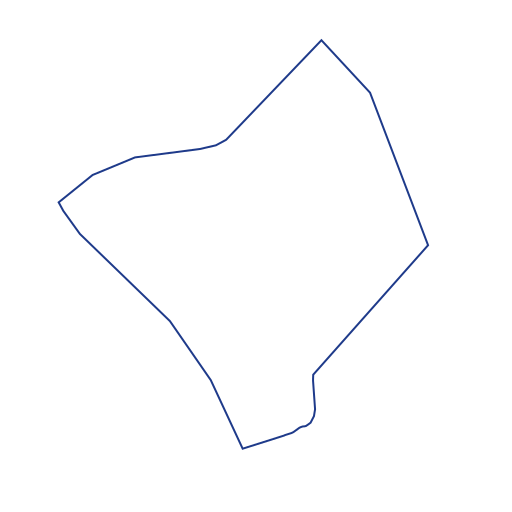 the Parish of Saint Paul, rotated 339°
{"feature_id": "DMA-1440", "entity_name": "Saint Paul", "entity_type": "Parish", "adm_level": 1, "iso_a3": "DMA", "parent_name": "Dominica", "parent_adm1": "", "projection": "mercator", "projection_center": [-61.378, 15.359], "detail": "fine", "context": "isolated", "style": "outline", "palette": "blue", "viewbox_px": 512, "rotation_deg": 339, "n_neighbors": 0, "source": "natural_earth", "source_scale": "10m", "svg_char_len": 546}
<svg xmlns="http://www.w3.org/2000/svg" viewBox="0 0 512 512"><g transform="rotate(339 256 256)"><path d="M174.5,431.1L169.3,355.7L152.3,285.9L99.5,172.3L92.3,144.9L91.0,135.2L132.5,121.8L178.4,120.6L242.0,136.0L258.2,138.3L269.8,136.8L394.4,78.0L421.0,144.4L420.5,307.6L266.9,387.3L265.7,390.1L265.1,391.5L264.5,393.1L256.2,420.3L252.7,426.3L247.2,431.2L244.3,432.0L241.7,432.6L240.2,432.4L238.6,431.9L236.9,431.8L235.0,431.9L227.9,433.8L225.7,434.0L219.0,433.6L217.9,433.7L174.5,431.1Z" fill="none" stroke="#1e3a8a" stroke-width="2"/></g></svg>